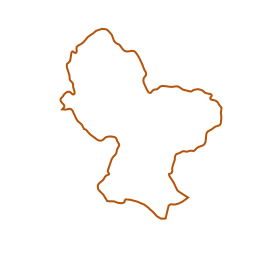 an SVG outline of Gifu, rotated 301°
{"feature_id": "JPN-1841", "entity_name": "Gifu", "entity_type": "Prefecture", "adm_level": 1, "iso_a3": "JPN", "parent_name": "Japan", "parent_adm1": "", "projection": "natural_earth1", "projection_center": [137.038, 35.796], "detail": "fine", "context": "isolated", "style": "outline", "palette": "amber", "viewbox_px": 256, "rotation_deg": 301, "n_neighbors": 0, "source": "natural_earth", "source_scale": "10m", "svg_char_len": 3076}
<svg xmlns="http://www.w3.org/2000/svg" viewBox="0 0 256 256"><g transform="rotate(301 128 128)"><path d="M164.0,40.7L165.0,40.9L165.3,41.7L165.1,42.7L165.0,43.5L165.2,44.3L166.0,44.8L167.4,44.5L168.6,43.7L169.6,42.8L171.0,42.3L172.7,42.7L176.0,44.6L178.8,45.7L185.6,46.8L190.8,49.2L195.0,50.7L199.6,54.7L200.7,56.8L201.4,58.9L201.2,60.9L200.0,64.8L199.4,66.2L198.5,67.4L195.8,70.7L194.8,72.8L194.7,74.4L194.7,75.6L195.0,77.4L194.6,78.8L193.0,82.4L192.3,85.1L192.9,87.5L194.3,89.5L195.8,91.1L196.9,93.2L196.9,95.0L196.4,96.6L194.4,100.6L190.2,107.1L186.4,111.9L185.3,114.0L184.1,115.5L182.6,116.2L180.4,115.9L178.6,115.9L176.6,116.7L174.8,118.3L170.8,124.1L169.1,127.2L169.4,128.7L170.2,129.5L172.8,129.8L174.1,130.4L175.0,131.4L175.7,132.5L176.9,133.3L179.9,134.2L181.1,135.1L182.1,136.2L185.1,143.1L186.1,144.8L188.5,147.8L189.3,149.4L189.4,151.0L189.2,155.3L191.2,162.1L191.6,162.8L191.8,163.2L192.4,163.7L194.7,164.9L197.3,167.9L198.4,171.3L198.4,173.5L197.9,175.7L198.2,177.4L199.6,181.4L199.4,182.6L198.7,183.2L196.4,183.0L195.6,183.4L195.1,184.4L196.3,187.9L196.6,190.1L196.0,192.1L195.1,193.7L193.4,197.8L188.2,200.1L187.2,201.1L184.6,202.9L179.8,205.1L178.2,205.2L176.6,204.4L174.2,202.2L172.7,201.5L170.5,200.7L166.0,198.2L164.5,198.0L162.8,198.4L155.9,201.7L153.8,201.8L152.6,201.6L151.6,201.1L148.1,198.3L146.8,197.6L145.5,197.1L143.7,196.8L142.9,196.6L142.0,195.9L140.8,193.3L139.9,192.4L138.9,191.6L138.3,191.0L137.9,190.4L137.2,188.7L136.7,187.5L135.8,186.6L133.6,185.4L130.7,183.1L129.4,182.7L127.9,183.0L127.2,183.2L124.7,184.5L118.2,185.9L116.0,186.8L113.6,188.3L112.6,188.5L111.8,188.4L110.4,187.6L109.8,186.9L108.7,187.6L107.9,188.7L104.9,195.0L100.0,202.3L99.6,205.1L99.3,215.3L93.3,212.8L89.7,210.6L86.9,208.0L85.9,206.6L84.8,204.2L83.7,203.3L82.2,202.9L69.7,206.8L67.3,203.0L67.2,198.4L69.2,191.4L69.7,188.1L70.2,186.3L70.7,181.5L69.6,173.6L67.7,167.1L66.5,164.5L65.6,162.8L64.3,162.5L63.3,163.0L62.0,162.9L60.5,161.7L59.0,158.8L58.4,156.6L58.0,154.0L54.6,147.9L58.1,141.3L59.7,134.8L60.7,133.4L61.8,132.5L63.2,131.8L64.7,131.6L66.2,131.9L69.9,133.2L71.6,133.5L73.2,133.4L74.6,133.5L75.9,133.8L78.2,135.4L79.0,135.5L79.6,134.3L80.2,133.2L81.6,132.5L92.8,130.1L95.2,130.1L98.8,130.9L100.8,130.8L103.3,129.9L105.1,129.6L108.4,129.5L109.6,128.6L111.1,125.6L112.5,124.1L113.3,122.6L113.2,120.7L112.2,118.2L110.7,115.8L109.3,114.3L108.0,113.5L105.2,112.7L104.0,112.1L103.1,111.1L102.4,109.9L102.1,108.3L102.2,106.7L102.5,104.4L103.0,98.9L103.9,95.6L104.6,94.0L104.9,92.8L104.5,90.8L107.1,86.7L108.1,81.2L109.0,79.3L114.3,71.5L114.8,69.5L114.4,68.0L112.1,65.6L111.3,64.5L110.1,62.0L112.7,62.5L113.6,62.4L114.6,61.6L115.1,60.5L115.4,58.9L116.1,57.1L117.0,55.9L118.4,55.2L121.7,55.9L123.6,55.9L126.1,56.5L127.6,57.4L128.5,58.4L128.9,59.4L128.9,60.5L128.3,63.0L128.7,64.1L129.9,64.5L132.0,63.1L134.3,60.4L135.0,59.8L136.2,59.1L137.3,58.3L138.2,56.9L138.6,55.5L138.9,54.2L139.4,53.3L140.2,52.6L141.6,51.7L143.2,50.4L148.6,44.3L150.1,43.3L151.7,42.7L153.3,43.4L154.5,43.7L155.9,43.8L162.7,41.0L164.0,40.7Z" fill="none" stroke="#b45309" stroke-width="2"/></g></svg>